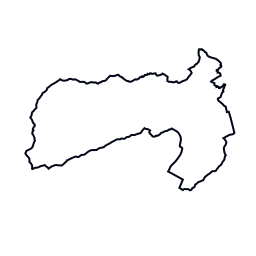 the district of Gura Humorului, Suceava, Romania, rotated 83°
{"feature_id": "2599482B5765834419568", "entity_name": "Gura Humorului", "entity_type": "district", "adm_level": 2, "iso_a3": "ROU", "parent_name": "Romania", "parent_adm1": "Suceava", "projection": "orthographic", "projection_center": [25.87, 47.518], "detail": "fine", "context": "isolated", "style": "outline", "palette": "ink", "viewbox_px": 256, "rotation_deg": 83, "n_neighbors": 0, "source": "geoboundaries", "source_scale": "gbopen_adm2", "svg_char_len": 5673}
<svg xmlns="http://www.w3.org/2000/svg" viewBox="0 0 256 256"><g transform="rotate(83 128 128)"><path d="M157.1,227.9L156.8,227.1L156.2,224.8L156.2,222.0L155.7,220.9L155.1,218.6L155.1,217.7L154.7,215.4L154.9,214.8L155.7,214.4L157.2,212.7L158.7,211.8L156.8,208.4L155.9,204.5L156.0,203.5L156.6,201.6L156.7,200.4L157.0,199.6L157.1,198.8L157.0,198.1L156.6,197.5L155.5,195.7L154.3,194.2L153.8,193.4L153.4,192.9L152.8,192.7L152.2,190.6L151.7,189.7L151.5,188.6L151.1,188.0L150.7,186.2L150.2,184.9L150.1,183.7L150.1,182.9L150.8,180.8L150.6,180.2L149.3,178.1L149.1,177.4L149.1,174.4L146.7,170.5L146.0,168.9L145.5,167.1L146.0,161.9L144.8,159.7L144.6,158.9L144.3,157.3L144.3,155.7L143.9,154.0L143.3,153.5L142.3,151.4L141.3,148.7L140.5,146.8L140.0,146.0L139.2,143.6L138.0,140.7L137.9,139.3L138.2,138.1L138.2,137.2L137.6,135.7L137.8,134.9L138.1,134.3L138.2,132.7L137.8,131.8L136.9,130.6L136.8,129.7L136.9,128.7L136.9,128.1L136.5,127.3L135.4,125.5L135.4,124.8L135.8,122.3L135.2,120.1L134.8,118.1L134.7,116.4L134.1,115.7L132.1,113.9L130.2,111.7L131.0,110.6L131.4,108.9L132.2,107.6L133.2,106.4L134.9,107.5L135.6,107.1L136.4,106.9L136.8,106.3L139.2,104.7L139.7,103.9L139.7,103.2L139.6,102.6L139.7,102.0L139.6,101.6L139.2,101.3L139.3,100.4L139.0,99.9L139.2,99.0L138.0,96.9L137.0,95.9L136.7,94.9L136.7,94.0L136.1,93.0L135.7,91.6L135.6,89.7L135.4,89.0L134.5,87.5L134.7,86.7L134.5,85.8L133.8,84.7L137.0,80.4L138.7,78.7L141.2,77.5L143.4,76.9L145.3,76.8L146.8,77.1L151.6,78.7L152.7,78.8L153.7,77.3L154.5,76.7L155.6,76.8L158.1,77.7L160.8,79.2L164.3,82.3L166.9,84.9L168.7,87.2L171.2,90.3L174.0,92.0L176.1,93.5L178.0,90.7L185.9,79.8L193.7,84.3L196.3,81.1L195.7,80.3L195.5,79.5L195.5,79.0L196.1,75.7L196.3,75.2L197.4,74.1L197.4,73.5L197.1,72.7L195.3,71.3L195.2,70.2L194.6,69.3L194.2,69.0L192.3,68.2L192.0,67.2L190.3,64.8L189.7,62.3L189.0,60.0L188.6,59.4L186.1,57.7L184.2,54.7L183.1,52.4L181.4,50.1L181.2,49.5L181.4,47.8L181.3,46.5L181.0,45.9L180.0,45.1L177.1,42.2L175.9,40.2L174.9,39.3L173.8,38.7L171.4,36.5L170.5,36.0L168.0,35.3L167.1,34.3L164.0,35.3L160.3,35.4L159.2,35.2L158.4,34.8L157.4,33.7L154.9,32.3L154.2,32.1L152.3,32.7L151.1,33.4L149.7,34.5L147.3,28.5L147.1,27.8L147.1,26.0L146.9,24.8L146.6,23.9L146.1,23.5L145.8,23.0L130.6,24.9L124.2,26.0L124.3,27.9L121.8,28.0L120.7,28.4L119.3,28.2L118.0,29.2L117.8,29.8L115.4,31.5L112.0,34.8L110.6,35.3L109.7,35.2L108.6,32.3L106.7,31.5L104.2,30.1L103.5,28.9L102.5,29.3L96.8,26.2L96.5,26.6L96.3,27.4L96.5,27.5L96.6,27.9L97.7,28.5L98.0,29.2L98.4,29.4L98.7,30.5L99.3,31.3L99.6,32.3L99.4,32.9L99.1,33.0L99.0,32.9L98.1,33.5L98.1,33.8L97.9,33.5L97.0,35.0L97.1,35.5L96.0,37.0L94.1,36.7L92.1,39.9L91.0,38.7L90.9,38.1L89.9,35.6L89.1,34.2L88.0,31.6L87.3,29.6L85.1,29.9L84.2,30.9L84.0,32.3L83.0,32.0L82.5,32.3L82.0,33.1L81.2,32.9L81.0,31.3L79.3,29.8L79.2,29.5L79.2,29.0L79.0,28.4L78.1,27.8L77.6,27.9L76.9,28.6L76.4,28.5L76.2,28.0L75.9,27.9L75.2,27.9L74.6,28.1L72.2,30.0L70.0,32.4L68.3,36.5L67.2,38.8L66.0,40.1L64.1,40.9L62.8,41.1L62.0,42.4L61.5,42.6L59.8,44.0L59.3,45.4L58.8,45.3L58.6,48.0L60.2,48.5L60.8,48.4L62.3,48.9L64.3,48.9L66.5,48.1L67.8,48.6L68.6,48.7L70.1,49.6L71.1,49.9L71.7,50.8L72.6,51.6L72.8,52.5L73.9,54.1L74.7,54.6L75.3,55.3L75.3,56.1L76.0,58.4L76.3,59.0L76.8,59.6L77.1,60.5L77.4,60.1L78.7,59.0L80.8,58.2L81.4,58.2L84.7,61.7L86.8,63.5L87.0,64.0L87.7,65.7L87.9,66.9L88.1,67.3L88.1,67.9L89.4,71.1L89.4,72.0L89.1,73.0L87.8,73.7L87.5,74.4L87.6,74.7L87.8,74.7L88.3,76.6L88.2,77.2L87.8,78.3L87.9,79.0L87.5,79.5L87.3,80.2L87.2,81.3L87.0,82.0L86.1,83.2L83.9,82.9L82.1,82.4L80.1,84.5L78.2,87.1L78.6,87.5L79.3,89.3L79.6,91.5L79.5,92.8L79.4,93.0L78.5,93.4L77.7,94.1L77.5,94.3L77.1,94.2L77.1,96.4L77.3,97.0L76.9,98.4L76.5,98.6L76.5,99.2L76.4,99.6L77.2,100.3L77.0,101.4L76.7,101.7L76.6,101.9L77.6,102.7L77.4,104.5L77.4,104.8L77.9,105.3L78.4,105.5L78.6,105.8L78.7,106.4L78.4,107.3L79.1,107.3L79.2,108.6L79.0,109.0L79.1,109.9L79.4,110.4L80.2,111.0L80.6,112.3L80.9,112.9L81.0,113.8L80.6,114.6L80.8,115.1L80.8,115.5L81.4,116.8L81.8,117.6L82.1,118.6L82.4,119.2L82.3,120.6L82.2,121.1L81.4,122.1L81.4,122.6L80.4,124.5L79.9,124.9L78.7,126.3L78.0,126.6L77.7,127.1L77.1,127.5L77.1,127.9L76.8,128.0L76.4,128.7L76.0,129.1L75.4,130.2L74.2,130.8L73.9,131.3L74.1,131.8L74.1,133.0L74.6,134.0L74.7,134.4L74.5,135.7L74.7,136.8L74.0,139.4L76.9,143.1L77.7,143.8L78.3,144.9L78.4,147.3L78.8,148.6L79.2,149.0L79.2,149.6L79.3,150.6L79.8,151.6L80.4,152.3L80.0,153.1L79.1,154.1L79.1,154.7L78.6,155.4L78.7,156.8L78.1,158.0L78.0,159.3L78.9,162.9L78.8,163.8L77.0,165.6L76.6,167.2L76.7,168.0L76.4,169.8L76.3,170.3L75.6,171.0L74.2,173.0L73.4,174.2L73.1,175.1L73.4,175.9L73.2,176.7L72.8,177.5L72.1,179.6L72.1,180.1L72.3,180.9L72.7,181.3L73.1,182.4L73.2,183.8L73.3,184.5L73.3,185.1L72.9,187.1L72.2,188.3L71.3,189.3L72.1,190.5L73.1,192.6L73.4,192.9L75.2,197.0L75.7,198.6L77.6,201.5L78.5,203.2L80.5,204.2L81.0,204.8L81.8,206.0L82.5,207.3L82.7,208.2L82.9,208.6L83.9,209.0L84.9,209.6L85.5,210.4L88.0,212.6L89.2,214.2L91.2,214.9L92.4,215.5L93.2,216.1L93.9,216.3L96.6,216.4L97.1,216.6L98.1,218.3L99.3,219.3L100.5,221.0L101.8,221.7L103.8,222.2L105.8,223.7L106.4,223.2L108.8,222.1L110.3,221.9L111.0,221.6L111.4,221.2L112.3,221.1L113.1,220.2L113.6,220.1L114.6,220.3L115.5,221.4L116.0,221.7L117.8,222.7L118.2,222.7L118.9,222.2L119.2,222.8L120.1,223.0L120.5,223.5L121.4,223.6L122.5,223.6L123.4,222.9L126.0,222.1L126.9,222.0L128.2,222.2L129.2,221.9L130.4,222.8L133.3,224.2L133.9,224.6L134.7,224.7L135.3,225.2L136.3,226.2L137.2,228.3L138.4,231.7L139.5,232.2L140.7,233.0L141.8,232.3L142.6,232.1L144.8,230.5L146.4,229.7L148.4,229.6L149.0,230.0L149.5,230.0L150.0,229.8L150.5,229.4L150.7,229.0L152.9,227.9L153.7,227.8L155.0,227.8L156.7,228.2L157.1,227.9Z" fill="none" stroke="#020617" stroke-width="2"/></g></svg>